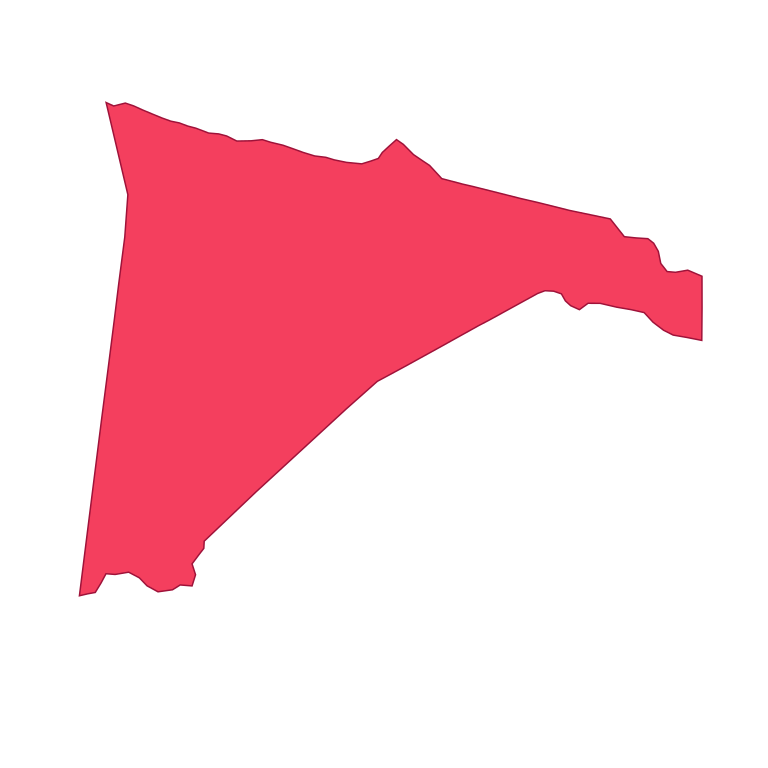 the district of Coaraci, Bahia, Brazil, rotated 277°
{"feature_id": "56859067B91846092860839", "entity_name": "Coaraci", "entity_type": "district", "adm_level": 2, "iso_a3": "BRA", "parent_name": "Brazil", "parent_adm1": "Bahia", "projection": "natural_earth1", "projection_center": [-39.579, -14.666], "detail": "fine", "context": "isolated", "style": "filled", "palette": "rose", "viewbox_px": 768, "rotation_deg": 277, "n_neighbors": 0, "source": "geoboundaries", "source_scale": "gbopen_adm2", "svg_char_len": 1428}
<svg xmlns="http://www.w3.org/2000/svg" viewBox="0 0 768 768"><g transform="rotate(277 384 384)"><path d="M466.0,694.1L498.3,690.4L529.7,686.5L534.0,671.6L530.4,659.7L530.1,651.3L537.4,644.0L549.1,640.1L556.6,634.5L560.4,628.2L559.7,616.2L559.5,604.6L566.5,597.5L575.4,588.5L578.9,547.0L582.7,516.3L584.8,496.7L590.9,448.0L592.0,437.5L594.9,416.3L601.5,408.5L606.5,402.6L610.0,395.6L615.3,385.3L624.2,374.0L628.1,366.6L620.7,360.1L613.6,354.1L607.2,350.9L603.7,343.8L599.8,335.1L599.4,319.9L600.4,307.3L601.9,298.7L601.9,287.4L604.0,275.5L606.5,264.6L608.7,254.6L610.1,242.2L611.7,233.5L609.2,222.5L607.2,208.3L611.0,197.6L612.1,189.5L611.7,179.4L615.0,166.0L616.1,157.7L618.2,149.0L618.9,140.3L621.0,131.1L623.8,120.9L626.7,110.6L629.5,101.7L631.3,93.0L627.0,81.8L629.5,73.9L540.7,106.7L498.3,108.8L451.8,108.5L416.1,108.5L365.0,108.3L315.1,108.0L214.5,107.7L136.7,107.5L139.6,115.4L141.9,122.8L152.0,127.4L161.8,131.2L162.2,140.3L166.1,153.5L161.8,164.8L154.8,173.4L150.2,185.0L154.0,199.2L159.7,206.2L160.2,218.1L171.7,220.2L182.1,215.4L192.7,221.5L198.9,225.2L206.1,224.7L261.3,270.1L354.7,349.6L385.8,377.0L402.3,400.3L424.9,431.6L453.6,471.0L460.0,480.3L492.6,525.5L496.2,532.4L496.8,541.1L495.1,549.1L488.6,553.9L484.5,559.7L481.6,568.9L489.0,576.7L490.4,588.8L488.6,605.7L487.9,620.3L486.6,633.5L478.1,643.5L471.4,655.0L467.8,665.0L467.1,679.1L466.0,694.1Z" fill="#f43f5e" stroke="#9f1239" stroke-width="1.5"/></g></svg>